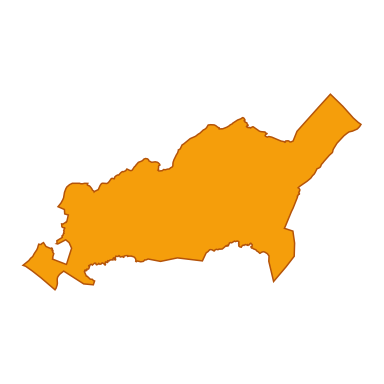 Rangárþing ytra, Suðurland, Iceland (Mercator projection)
{"feature_id": "244011B57462919825437", "entity_name": "Rangárþing ytra", "entity_type": "district", "adm_level": 2, "iso_a3": "ISL", "parent_name": "Iceland", "parent_adm1": "Suðurland", "projection": "mercator", "projection_center": [-19.711, 63.992], "detail": "fine", "context": "isolated", "style": "filled", "palette": "amber", "viewbox_px": 384, "rotation_deg": 0, "n_neighbors": 0, "source": "geoboundaries", "source_scale": "gbopen_adm2", "svg_char_len": 5982}
<svg xmlns="http://www.w3.org/2000/svg" viewBox="0 0 384 384"><path d="M361.0,124.4L358.2,122.4L353.3,118.0L343.0,106.5L330.4,94.2L319.2,106.5L297.0,131.3L293.1,141.0L290.8,142.0L289.8,141.8L288.7,140.9L287.1,140.8L285.5,141.1L285.3,141.6L285.4,142.0L284.9,142.3L283.9,141.6L280.9,141.0L271.7,137.1L268.8,136.5L267.3,137.1L265.6,136.3L265.1,135.7L265.6,134.6L267.0,133.7L266.7,133.3L265.6,133.0L265.0,132.0L260.8,131.6L259.5,131.2L253.2,126.8L252.5,126.8L250.5,128.0L250.1,127.9L249.9,127.5L247.9,127.6L246.5,126.7L247.0,125.8L247.8,125.8L248.0,125.6L248.1,125.2L247.0,123.7L246.9,123.0L246.8,122.8L245.2,122.2L244.8,121.2L244.2,120.9L244.2,120.6L244.9,120.2L244.9,119.7L243.9,118.2L242.9,117.6L242.4,117.7L240.8,118.8L237.6,120.0L232.7,123.2L232.0,124.0L230.3,124.8L228.9,126.0L226.8,127.2L222.7,128.8L219.1,128.9L219.0,128.6L219.2,127.9L219.1,127.7L218.0,127.4L215.7,125.6L214.1,124.9L210.7,124.7L208.2,125.0L206.4,127.9L204.6,129.4L203.4,129.9L199.9,133.2L198.3,134.1L195.5,136.3L190.2,138.6L183.5,144.1L182.1,144.9L180.2,148.9L178.3,150.0L178.4,150.5L177.5,153.1L176.5,154.6L174.0,159.7L173.1,162.3L172.9,163.8L172.9,165.4L172.6,166.4L172.1,167.0L170.6,167.8L169.2,169.0L167.6,169.1L165.1,169.8L163.7,169.5L162.2,170.7L158.9,171.0L157.9,170.1L158.6,169.5L158.4,168.6L158.4,168.2L158.6,167.6L158.5,166.4L158.8,165.7L159.8,165.3L159.9,164.9L159.4,163.9L158.8,163.5L158.4,162.9L157.2,162.2L155.2,161.8L151.7,162.3L149.0,160.9L148.8,160.6L148.6,159.9L147.6,158.9L145.6,158.5L143.9,159.1L142.6,160.5L141.4,161.2L138.4,162.3L136.1,164.9L135.2,166.2L134.4,166.8L132.3,170.0L131.6,170.5L130.2,170.6L127.1,169.1L126.7,169.1L126.0,170.4L125.7,170.7L123.5,171.7L122.3,171.6L120.8,172.7L118.7,175.0L117.5,175.0L115.8,176.0L114.7,177.1L114.4,178.5L114.2,178.8L112.1,178.3L111.2,178.7L109.1,181.7L107.7,183.1L106.7,183.5L102.6,183.2L101.7,183.5L100.9,184.3L100.0,185.7L98.3,189.6L94.4,191.5L94.1,191.9L93.8,191.1L92.4,190.1L91.8,188.7L90.1,186.5L89.4,185.9L87.9,185.4L87.3,184.9L87.3,184.7L87.7,183.7L87.8,183.4L84.8,183.3L82.2,183.8L80.6,183.7L79.7,183.3L72.3,183.3L69.5,184.7L66.9,186.9L65.9,188.6L64.5,192.3L63.6,197.7L62.8,199.7L61.0,203.0L58.0,206.7L64.4,209.5L64.7,213.9L68.3,215.0L66.9,221.2L66.4,221.5L66.4,222.1L66.2,222.4L65.7,222.3L63.1,224.0L61.6,223.9L61.9,226.8L63.2,227.7L64.6,227.8L64.8,228.1L64.0,229.6L63.9,230.4L63.7,230.7L64.1,231.2L63.7,232.6L64.0,233.4L63.4,233.7L63.1,234.5L63.2,234.9L62.9,235.3L62.1,235.7L62.0,236.2L62.2,236.6L62.1,236.9L62.3,237.1L62.3,237.4L56.9,240.7L57.0,243.5L56.6,243.7L57.7,244.0L65.7,239.8L69.1,242.6L71.6,248.2L66.6,264.0L66.3,264.4L52.5,259.1L52.9,257.9L52.7,257.2L53.8,253.6L52.8,252.4L52.9,252.2L52.8,251.6L53.0,250.9L52.1,250.6L52.2,250.0L52.4,249.8L52.1,249.4L52.3,249.2L52.2,249.0L52.3,248.8L52.1,248.6L52.1,248.3L51.4,248.0L50.6,248.5L46.0,246.5L43.5,242.6L41.9,243.5L41.0,244.5L39.7,244.3L39.3,244.5L38.8,244.2L38.4,245.1L37.6,248.0L36.8,249.8L34.2,253.7L32.9,256.2L32.3,256.9L30.7,258.2L28.8,260.6L23.0,265.3L25.7,266.3L32.2,270.9L41.0,277.8L55.0,289.8L56.1,288.2L57.1,285.1L57.4,283.3L57.2,280.0L57.3,278.4L57.8,276.8L59.0,275.1L60.0,274.0L63.7,271.1L83.7,283.9L93.3,284.8L94.6,281.0L93.4,280.5L92.3,279.3L90.3,279.2L87.1,276.2L86.4,276.2L84.4,271.7L85.0,271.2L84.7,270.7L84.7,270.3L85.4,270.0L86.0,270.5L86.6,270.6L86.8,270.3L86.7,269.5L86.8,269.2L88.2,269.1L88.8,268.7L89.6,266.2L88.8,266.0L88.7,265.9L88.8,265.6L89.8,265.2L91.0,264.3L91.6,264.4L92.3,265.1L94.4,263.3L94.9,263.1L95.8,263.3L96.1,264.5L96.6,264.8L98.0,264.3L98.8,263.4L99.9,264.3L101.3,263.9L102.1,262.9L102.3,262.9L103.9,263.7L104.5,264.6L105.1,265.0L105.5,264.3L105.0,263.4L105.5,262.0L106.0,261.8L106.8,262.5L107.4,262.5L107.9,262.0L108.0,261.7L107.7,261.1L107.8,260.7L109.2,260.9L110.2,259.9L111.1,260.0L111.7,259.7L112.9,260.0L113.1,258.4L113.8,257.8L114.5,257.8L114.7,258.1L114.3,258.7L114.3,259.0L114.9,259.9L115.4,260.0L115.6,259.7L115.3,257.5L115.6,257.1L115.7,256.4L115.8,256.2L118.0,256.5L119.0,255.6L119.5,255.9L120.0,256.8L120.4,257.0L122.5,256.5L123.4,257.3L123.9,257.1L123.9,256.7L124.2,256.0L126.2,255.6L127.7,255.6L127.7,256.4L129.3,256.1L131.7,256.1L132.0,256.4L133.1,256.6L134.5,257.3L135.6,258.8L135.9,260.5L135.7,261.3L136.3,261.7L137.3,261.0L140.7,261.8L143.2,261.4L143.9,260.9L144.7,259.9L145.8,260.0L148.1,259.0L160.5,261.4L177.4,257.9L202.4,260.9L206.0,253.2L206.4,252.7L208.1,251.5L209.6,249.8L210.3,249.6L212.1,249.8L213.1,250.5L213.9,250.6L214.1,251.0L214.5,250.8L214.7,250.2L216.2,249.3L218.0,249.7L219.2,249.0L219.7,249.2L222.3,249.0L226.0,245.8L226.7,246.2L227.1,246.1L227.0,245.5L227.1,245.4L227.8,245.8L228.4,245.7L228.5,245.3L228.3,245.1L228.3,244.8L229.2,243.9L229.4,243.0L229.6,242.9L230.7,242.5L231.1,242.8L231.7,242.8L234.5,241.1L235.5,241.6L236.8,241.1L237.7,241.1L238.8,241.7L238.9,242.2L238.6,243.3L239.1,244.2L239.0,244.6L238.7,244.8L238.8,245.1L238.8,246.0L239.9,246.9L241.3,247.2L241.8,246.2L243.1,245.1L244.0,245.4L244.2,245.1L245.4,244.5L246.2,245.0L247.3,244.6L247.6,245.3L248.0,245.4L248.5,244.9L249.6,244.7L249.8,244.4L249.9,243.7L250.8,243.2L252.3,244.8L252.2,245.3L252.2,245.9L252.1,246.2L251.3,246.5L250.9,246.9L251.4,247.8L251.7,248.1L252.5,248.0L253.3,248.8L255.9,249.8L256.7,250.9L258.2,251.8L259.8,253.3L260.2,253.2L261.5,252.3L263.2,251.7L264.6,252.0L267.4,253.7L269.0,256.0L268.8,261.3L273.6,281.5L286.0,266.9L294.2,256.3L294.6,243.1L292.9,231.1L284.4,228.3L285.5,225.9L291.4,211.6L293.1,208.1L297.4,197.3L297.4,196.8L297.5,196.7L297.3,196.4L297.5,195.9L298.0,195.4L298.4,194.5L299.2,194.3L299.4,194.0L299.4,193.6L299.0,193.1L299.0,192.5L298.8,192.2L299.4,191.7L299.6,190.5L299.9,190.1L299.8,189.6L299.3,188.7L298.1,187.8L299.6,186.4L307.0,181.3L310.8,178.1L312.5,175.7L314.1,174.2L315.1,172.6L317.0,168.8L318.9,168.0L320.2,167.1L320.6,166.5L321.3,164.7L322.1,163.6L323.0,162.7L323.8,161.6L329.4,155.2L332.2,152.7L332.6,152.0L333.0,150.0L333.6,148.7L337.0,143.2L344.0,135.7L347.3,133.1L349.1,131.9L352.5,131.1L357.3,129.0L359.6,126.6L361.0,124.4Z" fill="#f59e0b" stroke="#b45309" stroke-width="1.5"/></svg>